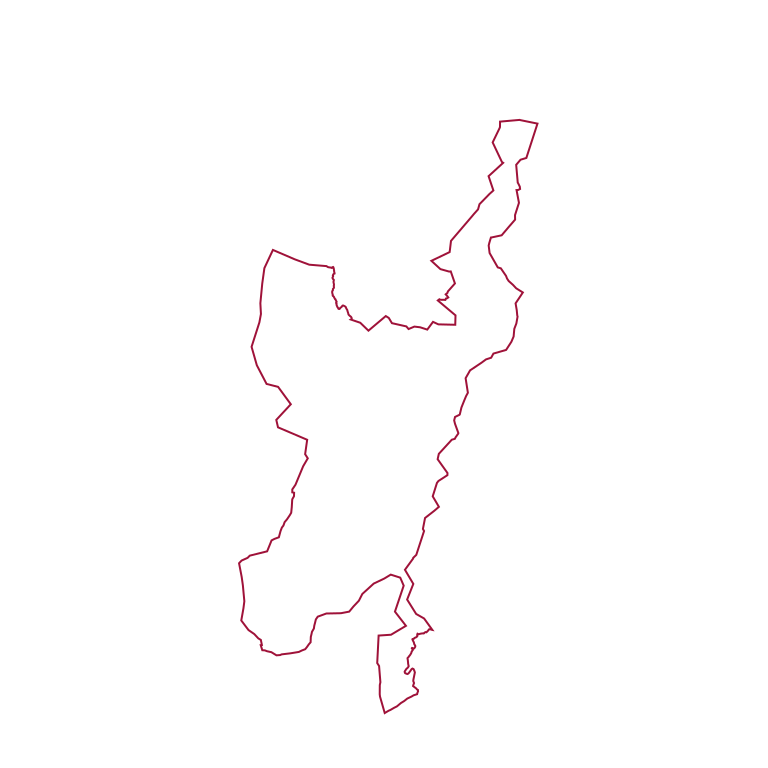 outline of Karasuwa, Yobe, Nigeria, rotated 294°
{"feature_id": "59680162B67680561366569", "entity_name": "Karasuwa", "entity_type": "district", "adm_level": 2, "iso_a3": "NGA", "parent_name": "Nigeria", "parent_adm1": "Yobe", "projection": "albers", "projection_center": [10.749, 12.987], "detail": "fine", "context": "isolated", "style": "outline", "palette": "rose", "viewbox_px": 768, "rotation_deg": 294, "n_neighbors": 0, "source": "geoboundaries", "source_scale": "gbopen_adm2", "svg_char_len": 6099}
<svg xmlns="http://www.w3.org/2000/svg" viewBox="0 0 768 768"><g transform="rotate(294 384 384)"><path d="M83.7,518.5L87.4,521.1L88.8,522.4L92.4,525.0L94.7,526.9L99.4,529.2L102.6,531.4L106.1,533.2L109.7,536.3L111.6,537.6L114.1,540.4L115.7,540.1L117.1,540.1L118.3,539.4L118.4,538.3L119.0,537.2L119.5,535.0L119.9,533.4L121.1,533.2L123.0,533.1L124.6,531.5L126.3,531.0L128.2,530.6L130.4,530.1L133.1,529.5L134.6,528.1L135.6,526.9L135.6,525.7L134.8,525.2L132.7,524.8L130.3,524.3L129.2,523.9L128.5,523.2L128.5,522.2L128.4,521.3L128.5,520.8L129.0,520.3L129.5,519.9L130.2,519.9L132.1,520.2L133.0,520.4L134.0,520.9L135.0,521.2L135.7,521.3L136.3,521.3L137.2,520.6L138.3,519.8L139.3,519.3L140.3,518.7L141.2,518.2L142.0,517.7L142.7,517.2L143.2,517.0L143.7,517.1L144.1,517.3L144.5,517.5L145.5,517.6L146.3,517.9L147.3,518.1L148.1,518.2L148.9,518.3L149.7,518.3L150.5,518.1L151.1,518.2L151.9,518.3L152.6,518.5L153.2,518.4L153.4,517.8L153.6,517.3L153.9,516.9L154.3,517.0L154.4,517.5L154.3,518.1L154.3,518.6L154.6,519.0L155.1,519.2L155.7,519.3L156.7,519.4L157.5,519.1L158.1,518.3L158.4,517.8L158.7,517.4L159.3,517.0L159.7,516.7L160.2,516.2L160.7,515.7L161.1,515.1L161.5,514.6L161.9,514.2L162.3,513.8L162.6,513.8L163.2,514.7L163.7,515.0L164.3,515.1L164.9,515.6L165.6,516.3L166.3,516.7L167.0,517.0L167.6,516.7L168.1,516.4L168.7,516.3L169.1,516.2L169.5,516.2L169.5,516.6L169.2,516.9L169.2,517.2L169.8,517.8L170.5,518.6L171.2,519.6L171.7,520.4L172.0,521.0L172.2,521.6L172.6,522.0L173.0,522.0L173.7,522.4L174.3,522.9L174.4,523.7L175.0,524.0L175.9,524.3L176.6,524.6L177.3,524.7L178.3,525.0L178.6,525.7L178.8,526.6L179.3,527.2L179.1,527.5L178.9,527.8L179.0,528.2L186.1,516.0L187.0,506.9L196.5,492.8L213.3,492.1L222.8,478.7L236.4,481.6L237.1,481.4L241.0,483.0L266.0,480.4L267.4,478.5L278.3,476.0L288.8,481.6L294.1,484.1L296.5,480.8L301.2,474.2L315.2,472.6L317.6,473.2L326.5,479.0L328.5,478.2L337.1,463.6L342.5,462.5L343.1,462.7L360.7,468.6L362.7,471.0L364.5,471.1L368.9,472.0L369.4,471.9L376.6,465.0L379.3,462.9L382.8,462.3L386.6,465.5L387.1,465.6L394.0,464.3L402.0,464.0L406.5,463.9L410.1,464.2L422.5,456.2L431.5,457.1L442.9,464.3L448.0,467.2L451.6,471.2L456.3,471.6L464.8,481.7L474.4,483.2L480.1,483.1L487.4,480.6L493.1,480.3L499.9,478.6L500.9,477.8L505.5,475.2L511.2,471.4L518.7,472.7L524.1,473.6L525.2,465.8L527.0,461.6L528.8,456.0L530.4,453.5L532.2,451.7L532.4,451.5L537.2,443.7L536.8,440.5L546.6,427.2L553.1,423.3L555.8,422.8L561.3,422.1L561.8,422.9L567.7,431.0L578.6,434.2L587.5,436.9L591.4,435.1L591.6,435.0L604.4,433.6L615.1,426.2L615.7,427.5L617.5,429.0L619.5,427.8L620.8,426.3L622.1,424.7L622.3,424.3L638.0,415.6L644.4,417.5L644.6,417.7L648.4,422.1L684.3,418.3L680.5,401.1L680.5,400.6L670.9,383.3L666.0,385.4L665.5,385.5L664.4,385.5L648.9,385.0L634.8,401.4L634.5,402.9L616.4,395.0L605.3,405.2L600.6,403.1L587.1,398.1L581.8,398.9L575.9,397.0L573.4,396.3L542.0,387.0L533.9,389.5L531.2,390.3L515.8,377.2L511.9,388.8L513.2,397.8L514.0,399.2L504.7,407.9L494.5,404.7L493.0,404.9L491.0,403.9L490.0,406.1L489.2,407.5L487.9,406.7L487.6,406.3L487.4,405.9L487.2,405.8L486.4,405.9L485.9,405.9L485.7,405.8L485.6,405.6L485.5,405.0L485.2,404.2L484.4,402.6L483.8,400.6L483.9,400.1L482.2,399.2L475.8,421.4L467.1,425.0L460.6,409.4L460.7,403.5L451.3,401.4L450.5,393.9L448.8,388.4L444.2,384.1L445.7,381.0L442.8,366.5L446.3,361.5L446.8,358.0L426.4,348.1L430.3,337.4L429.4,327.5L430.0,327.9L430.7,327.9L431.1,327.6L431.5,327.2L431.8,326.8L432.1,326.1L432.3,325.2L432.6,324.3L432.9,323.6L433.2,323.2L433.5,322.9L434.0,322.6L434.7,322.0L435.4,321.3L435.8,321.0L436.7,320.3L437.2,319.5L437.7,318.8L438.3,318.2L438.8,317.7L439.0,317.0L439.1,316.1L439.1,315.5L439.1,314.8L438.8,314.3L438.2,314.1L437.8,314.0L437.1,313.9L436.7,313.7L436.2,313.3L435.9,313.1L435.5,313.1L435.1,313.1L434.7,312.9L434.3,312.6L434.2,312.3L434.2,311.8L434.7,311.2L435.0,310.8L435.3,310.2L435.8,309.7L436.2,309.2L436.8,308.7L437.0,308.4L438.1,308.0L438.3,307.5L438.6,307.3L439.1,307.1L439.4,307.1L439.8,307.3L440.2,306.9L440.6,306.3L441.0,305.8L441.5,305.4L441.7,305.1L441.7,304.6L442.0,304.3L442.4,303.8L442.7,303.3L443.1,303.0L443.4,302.5L443.6,302.1L443.7,301.7L443.7,301.4L444.0,301.1L444.7,300.9L445.0,300.6L445.3,300.3L445.8,300.0L446.2,299.6L446.7,299.4L447.0,299.2L447.6,299.0L448.1,299.0L448.6,299.2L449.1,299.1L449.9,298.7L450.5,298.8L451.0,299.0L451.5,299.1L452.1,298.9L452.6,298.6L453.1,298.2L453.9,298.1L454.8,297.7L455.2,297.4L455.7,297.0L456.3,296.6L456.7,296.3L457.4,296.2L458.2,296.0L458.8,295.7L459.0,295.1L459.3,294.5L459.7,294.0L460.1,293.7L460.8,293.7L461.4,293.8L462.0,293.6L462.2,293.2L462.8,293.1L463.7,293.1L464.3,293.4L464.8,293.9L465.2,293.7L465.7,293.3L466.2,292.8L467.0,292.5L467.6,292.0L468.2,291.7L468.7,291.4L469.8,290.5L470.1,290.2L470.2,289.9L469.8,289.5L469.3,289.2L468.9,289.2L468.7,288.8L468.8,288.2L468.5,287.3L468.2,286.2L468.0,285.4L468.1,284.6L468.3,283.5L462.6,267.2L461.6,251.6L461.3,228.0L441.2,227.6L426.3,231.9L407.5,238.2L397.9,243.1L389.6,245.1L364.1,247.9L349.4,260.2L336.3,276.7L338.3,288.4L327.6,307.1L307.4,300.2L301.3,304.8L301.5,317.4L301.8,336.5L287.8,340.5L285.1,344.6L276.0,343.6L256.0,344.1L250.4,343.1L247.7,344.3L248.1,346.1L244.9,347.4L243.5,347.3L242.1,347.1L241.0,347.2L233.8,349.9L228.6,351.6L225.9,351.3L220.8,350.4L217.4,349.4L213.8,349.7L211.3,349.1L207.5,349.3L201.2,350.3L197.9,346.9L195.4,344.9L183.6,345.3L172.6,331.2L169.7,330.1L165.0,325.9L164.2,325.5L161.3,324.5L149.8,332.5L142.6,337.0L128.7,344.8L122.0,346.8L116.4,348.2L109.9,349.8L104.1,360.3L102.8,367.2L100.5,372.6L100.1,375.6L95.9,378.6L95.3,377.6L91.3,381.1L92.2,383.5L92.3,385.8L93.2,390.2L92.4,396.1L94.1,399.3L95.4,400.5L99.8,407.9L104.6,415.2L107.2,417.4L109.7,419.9L112.4,420.6L115.6,421.2L118.2,422.0L120.7,421.0L123.2,420.0L126.0,419.5L128.3,419.0L132.1,419.4L134.9,418.6L138.0,418.1L141.2,417.5L144.5,418.1L150.9,424.7L157.1,437.9L161.9,444.8L168.4,446.6L175.8,449.2L183.4,449.6L197.5,455.8L206.4,463.4L212.6,467.7L213.7,477.6L207.8,484.0L180.5,486.6L172.0,502.4L157.8,492.4L152.0,481.4L126.3,491.3L124.4,494.2L110.1,502.0L107.3,502.6L98.8,506.3L96.8,507.5L83.7,518.5Z" fill="none" stroke="#9f1239" stroke-width="2"/></g></svg>